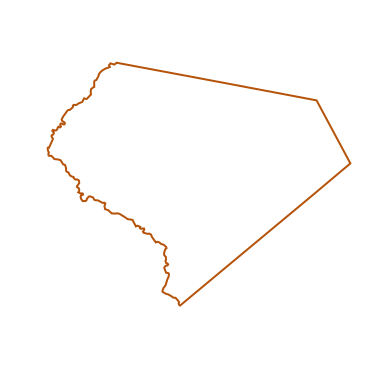 outline of Brewster, Texas, United States of America, rotated 101°
{"feature_id": "52423323B18775242771825", "entity_name": "Brewster", "entity_type": "district", "adm_level": 2, "iso_a3": "USA", "parent_name": "United States of America", "parent_adm1": "Texas", "projection": "mercator", "projection_center": [-103.031, 29.819], "detail": "fine", "context": "isolated", "style": "outline", "palette": "amber", "viewbox_px": 384, "rotation_deg": 101, "n_neighbors": 0, "source": "geoboundaries", "source_scale": "gbopen_adm2", "svg_char_len": 2511}
<svg xmlns="http://www.w3.org/2000/svg" viewBox="0 0 384 384"><g transform="rotate(101 192 192)"><path d="M78.3,87.2L78.8,184.5L79.5,290.7L79.7,290.8L81.7,292.4L81.3,296.5L83.3,297.7L85.0,296.5L87.3,300.4L90.0,303.4L91.6,304.6L94.2,306.0L95.5,305.8L99.9,307.1L100.4,307.4L101.0,308.5L102.1,309.1L107.5,308.0L108.1,308.9L110.3,310.7L112.3,310.7L115.6,309.8L120.6,313.0L120.9,313.7L120.7,315.8L124.5,316.9L126.9,320.5L128.4,321.9L128.9,322.8L128.9,324.3L129.2,324.9L130.1,325.4L131.0,325.1L131.7,325.3L134.5,327.4L135.6,329.7L142.6,332.9L145.7,333.8L146.7,333.3L147.4,332.1L147.9,330.5L148.9,329.9L149.9,330.1L150.2,331.2L149.7,332.3L149.7,333.7L150.9,334.3L152.8,333.1L153.8,333.9L153.4,335.6L154.4,336.1L156.1,336.2L157.4,337.1L157.8,338.3L157.5,340.3L158.6,340.8L159.3,340.1L159.8,339.2L160.4,338.8L161.3,338.9L162.4,339.5L163.0,340.5L163.7,340.6L164.6,340.3L166.3,338.6L175.8,340.8L175.8,341.7L176.1,342.0L177.3,341.9L179.3,341.0L180.6,340.0L181.8,340.3L183.6,339.7L183.8,339.1L183.3,337.1L184.8,334.7L185.7,333.9L185.9,332.4L185.6,330.0L185.9,327.0L189.5,323.7L189.6,322.0L189.9,321.6L192.8,320.1L195.1,319.7L195.8,319.0L196.2,318.2L196.3,317.1L199.0,315.0L199.7,312.9L200.0,311.0L201.0,310.7L202.0,308.8L201.6,306.8L202.1,305.5L202.9,304.9L204.8,304.4L208.5,306.1L208.9,306.0L209.4,305.3L209.8,303.9L211.7,303.0L212.8,303.0L214.0,303.6L214.8,300.8L214.3,299.9L214.3,299.1L214.8,298.6L215.3,298.5L216.8,300.4L218.2,300.4L220.1,299.4L221.8,297.5L221.1,294.6L219.6,293.8L218.6,293.9L216.2,292.4L215.7,291.4L216.3,288.0L218.1,286.6L218.5,285.7L218.2,282.7L219.8,277.5L219.2,275.9L219.8,274.9L220.2,274.8L221.0,275.1L222.6,275.2L225.4,274.1L225.8,270.8L228.3,266.8L227.9,263.5L227.1,260.9L227.3,258.9L229.9,252.1L230.9,250.1L230.7,245.1L236.5,240.5L235.8,239.8L235.5,239.1L236.1,236.1L237.3,236.3L237.9,235.0L236.9,232.3L237.9,231.7L238.7,231.8L240.3,232.6L241.3,231.6L241.5,227.5L241.0,225.7L241.7,224.0L243.7,222.8L248.4,217.9L247.5,216.4L247.7,214.5L248.9,212.4L249.2,209.7L250.9,206.9L251.9,206.3L253.4,207.3L255.8,207.7L258.2,207.6L259.3,207.2L260.8,205.2L263.2,204.6L264.7,204.9L266.5,204.0L266.8,202.7L267.5,201.6L268.7,202.0L269.0,203.0L270.3,204.4L271.2,204.7L272.1,204.6L276.1,202.1L276.2,199.5L276.9,199.0L279.6,198.8L282.9,199.6L288.4,200.1L291.7,201.7L294.6,202.1L295.6,201.9L297.0,197.8L297.0,196.0L298.2,192.4L299.3,190.1L299.0,188.0L301.2,185.0L302.6,183.7L303.8,183.9L305.1,183.2L305.7,182.0L267.9,151.2L170.4,71.6L133.7,42.0L78.3,87.2Z" fill="none" stroke="#b45309" stroke-width="2"/></g></svg>